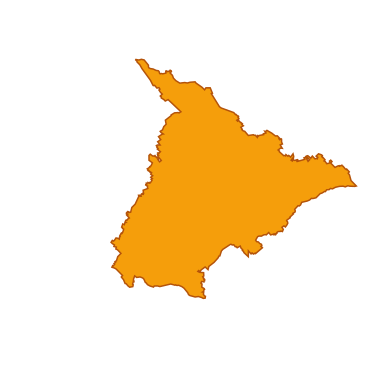 Mueang Suphan Buri, Suphan Buri, Thailand (Equal Earth projection), rotated 128°
{"feature_id": "78962969B42801469218282", "entity_name": "Mueang Suphan Buri", "entity_type": "district", "adm_level": 2, "iso_a3": "THA", "parent_name": "Thailand", "parent_adm1": "Suphan Buri", "projection": "equal_earth", "projection_center": [100.048, 14.472], "detail": "fine", "context": "isolated", "style": "filled", "palette": "amber", "viewbox_px": 384, "rotation_deg": 128, "n_neighbors": 0, "source": "geoboundaries", "source_scale": "gbopen_adm2", "svg_char_len": 6043}
<svg xmlns="http://www.w3.org/2000/svg" viewBox="0 0 384 384"><g transform="rotate(128 192 192)"><path d="M300.6,208.8L299.7,206.4L299.4,204.3L300.6,195.3L302.5,195.4L303.3,191.9L305.3,188.4L304.8,187.3L305.4,184.8L305.4,182.5L303.0,180.4L301.3,181.2L301.3,182.0L298.5,183.2L298.4,182.6L297.9,182.9L298.0,183.5L296.6,184.5L293.4,185.5L293.4,183.0L290.9,180.6L290.1,178.0L290.3,176.2L292.0,173.1L291.8,172.5L292.4,170.0L291.9,167.1L290.6,163.8L289.4,163.9L287.3,161.4L286.3,159.1L277.6,152.1L275.9,148.0L275.3,147.8L274.9,146.3L273.7,145.1L272.8,141.7L272.7,139.1L274.0,133.4L275.0,131.5L274.9,129.9L272.8,124.9L270.4,122.6L269.2,119.4L268.9,117.6L267.5,116.3L265.9,117.2L266.2,118.2L265.6,120.0L263.8,121.1L264.3,122.1L263.1,121.6L261.6,122.5L261.0,122.2L260.6,122.9L260.9,125.8L258.4,127.4L258.3,128.9L256.5,129.3L255.5,127.2L254.0,128.0L253.9,127.6L253.2,128.1L253.6,128.8L253.3,129.4L252.9,129.2L252.2,131.4L250.9,131.0L248.4,133.2L250.6,136.5L251.0,138.5L249.8,138.4L249.8,136.7L247.7,136.8L243.0,135.5L243.3,131.6L240.3,132.9L233.9,131.3L228.0,130.9L225.8,131.3L225.2,130.7L220.4,132.5L218.2,132.4L209.6,129.5L209.1,128.9L209.0,127.7L207.9,126.6L208.5,124.2L207.8,123.5L208.1,122.1L204.9,120.7L206.1,118.7L206.3,116.6L207.1,116.3L207.1,114.9L207.8,113.7L208.3,107.8L203.7,111.3L204.4,107.4L203.6,107.4L203.5,106.9L203.0,106.9L203.0,105.3L201.3,104.6L201.4,104.0L192.6,102.2L192.4,104.2L191.3,103.9L190.4,105.1L190.9,106.8L190.5,108.9L191.3,110.5L190.8,112.2L186.8,112.8L185.5,112.1L184.0,110.1L181.6,109.1L180.4,107.9L180.1,107.1L176.7,106.6L177.4,103.6L175.2,102.0L175.3,101.2L174.4,101.4L174.4,99.9L173.9,99.7L173.4,100.4L172.1,99.7L171.7,100.2L170.2,99.8L168.4,97.8L168.0,97.8L167.5,96.4L165.3,97.0L164.4,99.4L162.1,98.7L162.1,96.9L159.9,96.9L157.6,97.3L156.7,98.3L156.4,99.8L155.5,99.9L151.9,98.8L151.7,99.4L147.0,98.6L146.8,99.4L144.5,98.5L143.4,98.9L142.4,100.4L137.5,100.0L137.0,98.9L135.4,98.5L132.6,99.2L128.1,95.6L125.9,94.4L123.5,94.0L122.8,92.8L120.2,90.7L114.4,90.0L112.8,88.9L109.8,87.8L109.5,87.1L107.4,87.3L105.7,85.4L104.0,85.1L103.0,83.2L100.0,81.9L96.9,79.4L94.4,76.5L93.6,74.4L91.1,73.0L90.4,71.4L87.3,67.1L86.1,66.2L85.1,73.7L81.6,78.4L81.0,80.5L79.3,80.5L78.7,84.2L79.3,84.2L79.4,85.7L78.7,88.8L78.9,89.8L78.6,90.4L80.9,91.7L80.6,92.2L81.7,93.1L84.6,94.5L83.8,100.5L81.8,100.4L81.5,102.3L83.0,102.7L84.0,101.1L86.7,103.2L85.9,106.0L86.2,107.1L84.7,107.1L84.1,110.3L84.4,110.4L84.2,111.5L83.0,111.7L83.0,113.0L84.0,115.8L87.3,116.3L87.2,114.2L88.8,113.8L88.8,114.6L90.2,115.4L89.6,119.3L92.2,119.2L92.1,122.9L92.4,123.5L93.7,124.1L94.2,119.2L96.4,119.4L94.5,123.7L96.1,124.8L96.8,123.3L98.6,124.5L102.1,127.1L101.5,128.7L102.1,129.2L102.8,127.6L103.3,128.0L102.6,129.6L103.8,130.4L104.5,132.1L105.8,132.0L105.9,133.5L103.2,133.5L103.1,132.8L101.3,133.8L99.7,135.9L103.8,135.8L103.6,138.3L104.8,138.5L104.7,141.0L105.9,140.6L105.9,141.2L106.9,142.0L106.5,148.0L105.9,148.4L105.9,150.0L102.8,149.2L102.0,147.8L100.6,151.5L98.5,150.3L97.5,152.1L95.2,154.0L95.2,154.5L96.8,155.1L96.5,156.3L95.7,156.1L95.2,159.3L96.5,160.8L96.5,165.4L97.3,170.9L98.9,171.2L99.3,172.0L99.9,170.1L102.2,171.6L102.7,170.9L106.4,174.1L107.3,174.1L107.3,175.1L108.7,174.3L108.3,177.2L109.1,178.0L109.1,178.9L112.8,182.4L111.7,187.8L112.3,189.2L112.2,191.1L111.6,191.1L110.9,193.4L108.2,192.3L108.1,194.3L107.2,194.3L107.1,196.4L107.4,196.5L106.9,199.4L108.1,199.6L107.9,200.9L105.4,200.1L104.8,201.7L104.0,201.6L103.6,202.2L104.0,203.0L103.8,205.2L104.2,205.4L103.7,208.0L107.8,220.6L107.9,222.9L102.6,237.3L101.6,236.7L98.7,241.8L101.4,245.2L103.7,245.0L103.3,248.8L103.7,255.8L103.3,257.4L106.8,261.2L109.0,262.8L110.2,265.1L113.7,268.6L114.2,273.3L113.7,276.7L112.1,279.3L111.7,282.4L109.7,282.4L109.3,283.0L109.5,284.2L111.0,284.1L110.9,284.5L112.0,285.2L112.2,286.4L112.7,286.2L113.0,287.0L114.4,285.8L116.9,287.8L117.6,289.3L118.5,289.8L118.5,290.5L117.3,292.2L117.2,293.2L118.3,295.2L119.0,298.3L120.4,300.9L120.7,302.4L120.3,303.3L118.9,304.4L117.4,311.0L118.6,313.6L120.7,315.1L122.1,317.8L122.6,317.7L122.8,315.9L123.4,315.3L123.9,311.4L125.6,307.3L129.5,293.7L131.9,288.5L132.0,288.0L131.0,287.1L131.7,283.6L130.1,282.3L130.7,280.6L132.0,280.8L132.9,278.1L133.2,275.7L135.9,276.1L136.0,274.7L136.8,274.2L136.5,271.0L136.8,269.1L133.9,267.7L135.6,250.1L137.7,250.9L137.9,251.8L140.4,254.5L144.1,255.9L144.4,255.5L145.4,255.6L151.8,257.2L154.5,254.1L157.8,254.5L161.2,253.5L163.8,254.4L164.2,253.0L164.0,250.4L164.8,251.1L169.0,252.5L170.0,248.9L173.5,250.0L174.6,246.1L176.4,248.3L177.5,248.6L177.8,247.1L178.4,247.1L178.6,245.5L179.5,245.7L179.7,241.7L181.4,242.0L182.1,242.8L182.3,242.0L183.3,242.6L183.7,242.3L183.7,241.0L184.5,241.3L184.9,240.7L186.1,235.6L188.2,236.1L187.4,238.9L186.5,238.7L186.4,241.3L186.7,241.3L186.1,243.6L187.1,243.7L187.1,244.2L187.9,245.3L187.9,248.2L189.7,248.4L193.5,245.4L193.4,241.2L196.5,240.4L198.1,240.9L198.3,240.5L201.3,241.5L201.6,239.7L202.1,240.0L202.2,239.6L201.7,237.0L202.3,236.9L201.8,235.7L203.4,235.4L203.4,233.0L205.8,233.6L205.9,231.5L207.2,232.0L207.5,230.7L210.4,230.5L210.6,231.2L211.2,231.0L211.6,232.5L212.0,232.2L213.1,233.4L213.7,232.5L214.5,233.1L215.0,232.8L214.7,230.8L215.0,230.9L216.4,229.0L220.7,231.6L222.9,229.3L223.2,229.7L223.6,229.3L223.7,229.8L224.2,229.5L224.6,230.6L226.1,230.3L226.6,229.5L227.3,230.4L226.8,231.3L227.5,232.1L228.0,231.3L236.6,229.3L241.2,229.9L245.7,227.9L247.3,229.3L246.6,229.5L246.9,230.6L248.8,230.8L249.4,230.4L249.5,228.6L250.4,229.2L251.1,225.4L252.4,225.9L254.4,225.9L254.6,226.6L255.7,226.6L256.7,226.3L256.7,225.5L257.2,226.1L259.4,225.2L259.8,226.9L263.0,225.8L262.9,224.9L263.5,224.4L263.3,223.0L264.6,222.4L266.9,221.7L267.9,221.7L267.8,222.4L268.3,222.4L271.2,221.9L271.2,221.3L272.4,221.2L273.9,220.3L274.1,221.9L275.0,223.6L277.6,223.4L279.0,223.6L279.2,225.0L281.5,224.8L281.7,222.6L281.4,220.6L283.0,220.0L282.0,217.7L283.8,216.9L283.4,215.2L284.1,210.2L288.7,210.7L292.7,209.2L294.2,209.8L294.4,209.0L296.4,209.4L296.5,208.5L298.9,208.6L298.9,209.2L300.6,208.8Z" fill="#f59e0b" stroke="#b45309" stroke-width="1.5"/></g></svg>